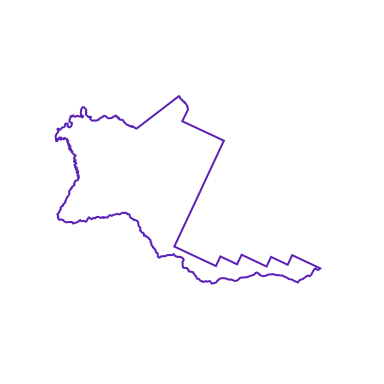 La Jagua Del Pilar, La Guajira, Colombia, rotated 25°
{"feature_id": "7082276B91699112359201", "entity_name": "La Jagua Del Pilar", "entity_type": "district", "adm_level": 2, "iso_a3": "COL", "parent_name": "Colombia", "parent_adm1": "La Guajira", "projection": "natural_earth1", "projection_center": [-73.096, 10.466], "detail": "fine", "context": "isolated", "style": "outline", "palette": "violet", "viewbox_px": 384, "rotation_deg": 25, "n_neighbors": 0, "source": "geoboundaries", "source_scale": "gbopen_adm2", "svg_char_len": 5911}
<svg xmlns="http://www.w3.org/2000/svg" viewBox="0 0 384 384"><g transform="rotate(25 192 192)"><path d="M340.5,207.0L309.5,206.9L309.5,217.5L291.1,217.4L291.1,228.0L263.5,227.9L263.4,238.5L245.0,238.4L245.0,249.0L199.0,248.9L199.2,186.9L199.1,185.5L199.2,132.0L153.3,132.0L153.5,118.7L152.3,117.5L151.8,116.3L148.9,114.5L147.8,114.3L147.4,113.5L146.1,113.8L145.0,113.3L144.7,112.9L144.2,113.0L143.4,112.5L141.7,112.2L140.7,111.0L140.0,111.0L139.6,110.7L115.0,157.9L113.6,158.1L112.4,157.8L111.2,157.8L110.5,157.5L109.9,158.5L108.7,158.0L107.5,158.7L106.4,158.2L105.0,158.6L104.5,158.5L101.5,157.6L98.9,156.1L95.2,156.9L94.7,156.2L94.0,156.2L94.0,155.8L93.5,155.9L93.1,155.5L92.3,155.6L91.9,155.2L91.1,155.3L90.5,155.0L90.0,156.1L89.0,156.7L88.5,158.0L87.5,159.2L85.2,160.5L84.8,160.6L81.5,159.8L80.0,160.3L79.4,161.0L79.3,161.9L78.5,162.6L77.1,164.6L76.9,166.0L75.7,166.9L75.1,167.9L74.7,168.2L73.7,168.1L72.3,169.1L71.5,169.5L70.4,169.3L68.6,168.5L68.5,168.0L68.7,166.9L68.6,166.7L67.7,166.9L66.9,167.7L66.0,167.7L65.4,167.3L63.9,167.1L62.8,166.1L62.6,164.5L61.9,164.2L61.7,162.7L61.2,162.1L58.7,160.9L57.6,161.0L57.0,161.6L56.8,162.2L56.8,164.1L57.2,165.4L57.4,166.6L58.7,168.9L61.3,169.4L61.3,170.4L61.0,170.8L58.9,170.6L57.6,171.3L55.8,171.4L54.7,172.9L53.2,173.4L52.1,172.8L51.6,173.3L51.3,174.2L50.3,174.2L50.0,175.1L50.6,176.6L50.4,178.1L50.9,179.5L51.9,180.2L54.2,180.3L54.7,183.1L54.5,183.8L53.8,185.1L52.9,185.3L51.7,185.1L51.3,184.8L50.7,183.0L50.4,182.6L48.8,183.2L48.5,183.6L48.4,184.1L48.9,185.6L48.8,186.8L48.3,187.5L46.9,188.6L46.7,190.2L46.4,190.9L45.8,191.4L44.0,191.1L43.7,191.2L43.5,191.7L43.6,192.0L45.0,192.9L45.3,193.6L44.7,197.3L44.7,198.6L45.0,199.4L47.3,203.1L47.5,203.2L48.3,202.8L48.3,202.2L47.7,201.7L47.7,200.9L48.1,200.4L48.5,200.7L48.7,198.9L49.5,198.5L49.9,198.1L50.3,198.1L50.5,198.4L50.2,199.6L50.9,200.0L51.5,199.1L51.7,198.4L53.1,198.6L53.5,198.4L53.8,197.9L53.4,197.2L53.7,196.9L56.6,196.9L56.8,197.5L57.9,197.9L57.4,198.6L57.8,198.9L58.1,199.5L58.6,199.4L59.6,200.9L60.3,200.5L60.7,200.7L60.5,201.6L60.8,201.7L60.9,202.2L61.9,202.3L62.3,201.9L62.5,202.0L62.6,203.8L62.0,204.2L62.1,204.5L63.6,205.4L64.0,205.1L64.3,204.5L65.2,205.3L65.6,206.4L65.8,206.5L66.1,205.9L66.4,205.8L67.0,207.0L70.0,208.2L71.0,208.0L71.2,209.1L70.8,209.6L70.9,210.7L70.7,211.1L71.5,212.0L72.3,212.2L72.8,212.1L73.2,212.6L73.1,213.0L72.3,213.0L72.1,213.7L72.2,214.3L72.8,214.5L73.3,214.3L74.0,214.3L75.0,215.0L74.8,215.6L74.1,216.5L74.2,217.4L75.3,217.7L75.5,219.0L76.1,219.2L76.8,218.8L76.8,219.5L77.5,219.4L77.3,220.4L79.3,220.9L79.2,221.4L78.8,221.9L79.2,222.9L79.4,223.1L79.6,222.9L79.9,221.8L80.3,221.9L80.5,222.3L80.3,223.5L82.1,224.7L82.1,225.2L81.7,225.7L82.7,226.0L83.1,226.3L82.8,227.0L83.3,227.2L83.1,227.8L83.6,228.8L82.8,230.3L82.1,230.5L81.4,232.2L81.8,233.6L81.6,234.5L82.5,235.2L81.0,238.5L81.0,239.3L81.3,239.6L80.8,240.2L80.9,241.4L80.3,242.5L80.6,244.0L81.3,244.6L81.7,245.8L81.6,247.1L80.9,251.2L81.3,252.5L81.0,253.9L81.6,254.9L81.0,256.9L80.4,257.6L80.8,259.0L80.7,259.4L79.9,260.1L79.6,261.1L79.6,261.9L80.4,263.0L80.0,264.7L80.1,267.6L79.4,268.7L79.5,269.2L81.1,270.4L81.0,271.3L81.1,271.7L81.9,272.1L82.3,272.7L83.5,273.3L85.1,272.1L87.2,271.8L87.9,272.4L88.9,272.7L90.6,272.7L95.2,270.2L96.6,270.0L97.2,270.8L98.1,270.4L100.9,267.7L102.5,264.8L103.6,265.1L104.4,265.0L105.7,264.0L108.4,263.8L108.7,262.9L109.0,259.2L109.3,258.6L110.1,258.5L111.1,259.0L112.6,259.0L113.0,258.5L113.3,257.5L113.9,257.0L115.2,256.9L115.5,256.5L116.0,255.0L116.3,254.7L118.3,254.0L119.5,254.2L120.3,253.9L120.9,253.6L121.7,252.4L122.4,252.3L122.6,252.8L123.0,252.8L124.3,251.4L126.1,251.0L126.6,250.1L126.6,249.0L127.2,247.9L128.1,247.5L128.8,247.7L129.3,247.6L130.4,246.0L133.3,243.7L134.1,243.2L135.3,243.1L136.1,242.7L137.1,241.0L138.0,240.1L139.2,239.7L140.4,238.9L141.4,238.6L142.2,239.3L142.7,239.5L144.5,238.7L146.9,241.1L147.9,241.4L150.4,241.5L151.3,241.9L151.8,241.4L154.9,241.4L156.3,242.5L157.4,244.7L157.9,245.2L160.2,246.2L160.6,246.7L161.1,248.8L161.3,249.0L162.3,248.9L163.7,250.0L165.1,249.6L166.1,250.3L166.7,251.8L167.1,251.9L168.4,251.0L169.4,251.8L172.0,251.8L173.1,252.7L174.3,252.9L174.9,253.3L175.4,254.7L175.7,255.0L176.3,255.0L176.9,255.5L177.5,257.1L177.9,257.5L179.2,257.7L179.5,257.9L180.1,258.8L180.9,258.8L181.3,259.2L182.0,259.2L183.0,260.0L183.5,260.1L184.1,261.0L184.8,261.3L185.5,262.2L186.6,262.1L187.0,262.3L187.4,262.8L188.2,264.8L189.4,265.4L189.9,265.4L190.5,265.0L190.9,263.6L191.6,263.4L193.5,262.0L195.2,261.4L195.8,260.3L196.9,259.1L198.1,258.9L199.5,258.0L200.8,257.6L201.6,256.1L202.0,256.0L203.3,257.0L204.7,257.1L205.7,256.8L206.5,257.0L207.2,256.4L208.0,256.2L208.5,255.7L209.4,255.9L210.2,255.6L211.4,256.2L212.2,256.0L213.1,257.0L213.2,257.4L213.0,258.1L213.2,260.0L213.8,260.8L214.3,262.3L215.1,263.0L215.4,263.8L216.0,264.2L216.6,264.2L219.5,263.1L220.5,263.6L221.5,263.9L222.3,265.1L222.8,265.3L224.8,264.7L227.0,264.3L227.7,265.1L228.8,265.4L230.2,266.4L231.4,266.8L232.8,268.2L233.4,268.3L235.2,267.9L236.7,268.8L238.0,268.9L238.8,268.5L239.9,268.9L240.5,268.5L241.8,267.3L242.5,266.9L243.6,266.9L245.2,265.5L246.3,265.3L248.5,266.6L250.5,265.4L252.2,263.5L252.5,261.4L253.3,260.2L253.9,258.6L256.6,256.9L259.3,256.0L262.3,255.9L264.7,254.7L267.7,254.6L269.2,254.1L270.4,253.0L270.9,252.1L272.0,249.3L277.9,245.9L279.6,244.1L283.1,240.9L283.3,240.6L283.4,239.7L283.8,239.1L283.9,238.3L284.4,237.8L285.2,237.6L287.5,237.8L287.8,237.9L287.8,238.3L288.1,238.5L288.8,238.6L291.4,238.4L293.2,237.5L294.4,236.6L296.1,234.4L297.4,233.9L300.3,232.1L302.2,231.9L304.2,231.4L305.8,230.7L307.9,230.2L309.3,229.4L311.3,229.7L312.4,229.5L315.6,229.7L316.5,230.0L319.6,229.1L322.3,229.4L326.2,229.2L326.6,226.8L327.5,225.6L329.3,224.0L330.5,221.7L332.2,218.8L332.7,218.6L334.0,218.8L334.6,218.1L335.1,216.1L335.3,211.3L335.7,209.6L336.1,209.2L337.9,209.6L339.0,209.4L340.1,208.2L340.5,207.0Z" fill="none" stroke="#5b21b6" stroke-width="2"/></g></svg>